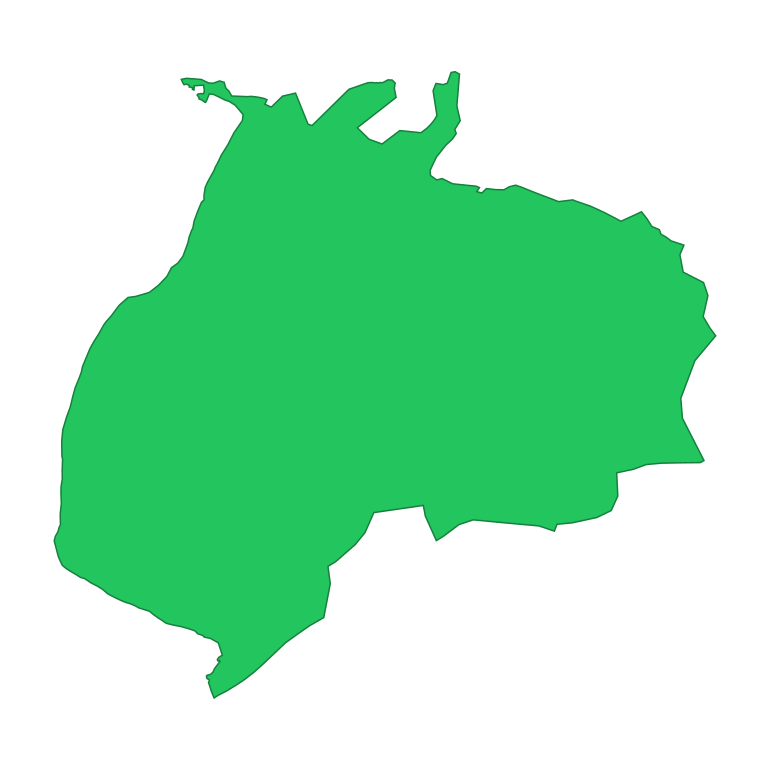 Hong, Adamawa, Nigeria, rotated 269°
{"feature_id": "59680162B84612216171504", "entity_name": "Hong", "entity_type": "district", "adm_level": 2, "iso_a3": "NGA", "parent_name": "Nigeria", "parent_adm1": "Adamawa", "projection": "natural_earth1", "projection_center": [12.969, 10.288], "detail": "fine", "context": "isolated", "style": "filled", "palette": "green", "viewbox_px": 768, "rotation_deg": 269, "n_neighbors": 0, "source": "geoboundaries", "source_scale": "gbopen_adm2", "svg_char_len": 3848}
<svg xmlns="http://www.w3.org/2000/svg" viewBox="0 0 768 768"><g transform="rotate(269 384 384)"><path d="M695.0,460.6L694.3,456.5L683.7,452.6L682.3,448.4L683.6,441.2L676.3,438.2L651.5,441.6L647.6,439.2L645.1,437.3L642.7,435.2L639.1,431.5L634.6,425.4L637.1,404.2L624.0,386.2L629.0,373.3L640.7,361.8L670.3,401.1L679.5,399.5L684.8,400.4L687.8,397.4L688.0,393.2L685.3,387.9L685.5,385.2L685.0,384.1L685.4,382.3L685.2,379.9L685.7,377.4L685.5,373.1L679.3,354.1L643.7,316.6L645.1,312.6L676.4,300.6L673.6,287.6L662.8,276.1L665.8,269.8L670.2,272.0L670.7,271.1L671.6,269.0L672.3,266.1L673.0,263.0L673.5,259.6L673.9,256.4L673.7,252.4L674.2,243.9L674.6,236.8L676.8,235.5L679.4,234.2L682.4,231.2L685.0,230.3L688.4,229.5L689.9,224.9L687.7,218.4L688.1,213.8L691.7,206.6L693.1,191.7L692.1,186.6L688.5,188.2L686.7,189.3L687.3,191.5L685.9,194.6L684.4,194.4L683.9,196.4L683.5,197.8L682.0,197.6L681.9,198.1L681.2,198.7L681.4,199.3L683.0,199.2L684.6,199.5L685.5,199.3L685.9,208.8L680.0,209.5L677.3,208.6L677.6,205.7L677.2,203.5L677.2,203.0L676.2,202.2L673.5,204.1L672.3,204.0L671.1,206.9L668.8,209.9L668.7,210.5L670.3,211.5L677.1,214.4L676.6,218.3L673.8,224.1L670.9,229.5L669.1,234.4L665.2,240.2L655.8,247.8L649.9,247.0L637.7,238.3L626.1,232.1L621.9,229.4L615.9,225.5L608.4,221.7L608.1,221.6L603.6,219.0L602.0,218.4L601.8,218.3L600.3,217.7L589.1,211.2L583.5,208.6L575.7,207.3L571.2,207.3L568.9,204.7L560.1,200.8L551.3,197.4L549.9,196.9L543.2,195.6L540.9,194.3L534.2,191.7L528.6,190.4L515.2,185.2L508.5,180.0L504.0,173.5L495.3,168.8L486.7,160.3L479.6,150.8L475.9,137.2L475.0,129.6L470.6,124.4L469.5,123.1L467.2,120.5L459.0,114.1L457.1,112.7L451.6,107.6L448.2,105.0L440.4,100.4L439.3,99.8L438.8,99.5L437.0,98.3L431.4,94.6L424.7,90.7L406.8,82.9L401.2,81.6L394.5,79.0L385.5,75.1L376.6,72.5L372.2,71.4L371.8,71.3L366.5,69.9L356.4,66.0L344.1,62.1L332.9,60.8L317.2,60.7L314.6,61.3L302.6,60.7L294.7,60.7L286.9,59.3L281.2,59.1L275.6,59.2L270.1,59.3L259.9,58.0L248.7,58.0L246.5,56.7L242.0,55.4L237.5,52.8L233.1,51.5L217.3,55.3L214.0,56.6L208.4,59.1L205.0,63.0L201.6,68.2L199.3,72.0L195.9,77.2L194.8,81.0L190.3,87.5L186.9,93.9L183.5,99.1L179.0,104.2L176.8,108.1L172.2,117.1L170.0,122.3L168.8,126.2L166.6,131.3L164.3,135.2L160.9,145.5L157.5,149.4L154.1,154.0L152.0,157.2L148.6,162.0L147.5,165.7L146.3,170.7L145.1,176.5L142.8,184.2L140.5,190.6L137.5,193.4L135.8,198.3L134.1,199.8L132.6,206.1L128.1,213.8L115.7,217.6L113.6,214.1L111.4,212.5L109.9,213.2L110.4,214.7L109.5,215.2L102.3,209.5L99.0,208.0L97.0,205.8L96.4,204.7L96.1,202.5L95.2,201.4L93.6,201.6L93.3,201.5L92.9,201.8L92.2,202.4L92.0,203.0L91.5,203.8L91.1,203.9L90.7,204.1L89.9,204.1L88.8,203.3L79.9,206.0L76.5,207.3L74.8,207.9L73.0,208.7L75.5,212.5L80.0,221.6L82.9,226.5L85.3,230.6L89.1,236.6L91.1,239.6L97.9,248.7L106.8,259.0L126.9,280.9L135.9,293.9L143.7,305.5L151.5,319.7L185.2,326.8L202.6,324.8L207.3,332.7L224.0,352.5L235.9,362.5L255.6,371.6L261.9,421.2L251.3,423.0L226.5,433.6L230.9,441.0L242.1,456.5L246.6,470.7L241.4,517.6L239.9,531.9L239.4,536.4L233.9,551.8L240.7,554.5L241.9,569.7L246.8,594.5L253.5,609.0L267.9,615.8L291.1,615.1L294.4,631.9L298.9,644.8L300.0,660.3L300.0,682.2L299.9,695.5L299.9,699.0L301.9,702.6L344.5,681.8L364.5,680.5L402.0,695.3L426.4,716.5L434.5,710.7L445.8,704.3L466.7,709.4L479.8,705.3L490.6,685.1L502.2,683.1L508.0,682.1L517.6,686.3L522.1,673.5L525.9,668.7L528.9,663.6L533.5,662.0L536.8,654.6L544.5,649.9L551.7,644.5L542.6,623.8L551.4,607.7L558.2,593.6L563.8,578.2L564.8,576.0L563.3,561.8L571.9,540.3L575.3,532.1L578.0,525.9L580.5,519.1L579.0,512.7L576.1,507.3L576.4,499.1L577.6,489.8L573.3,485.2L574.7,480.1L578.7,482.9L580.2,479.5L581.3,470.0L583.0,456.1L588.4,445.7L587.1,440.3L591.6,434.2L596.7,433.8L604.5,437.6L610.0,440.4L621.5,449.8L627.8,456.8L633.2,460.6L637.2,459.2L645.9,464.8L660.7,461.7L692.5,464.9L695.0,460.6Z" fill="#22c55e" stroke="#15803d" stroke-width="1.5"/></g></svg>